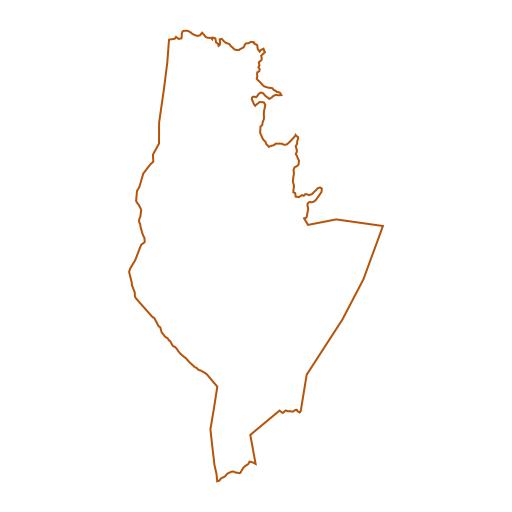 outline of San Juan Juquila Mixes, Oaxaca, Mexico
{"feature_id": "50627088B56104318486016", "entity_name": "San Juan Juquila Mixes", "entity_type": "district", "adm_level": 2, "iso_a3": "MEX", "parent_name": "Mexico", "parent_adm1": "Oaxaca", "projection": "equal_earth", "projection_center": [-95.884, 16.869], "detail": "fine", "context": "isolated", "style": "outline", "palette": "amber", "viewbox_px": 512, "rotation_deg": 0, "n_neighbors": 0, "source": "geoboundaries", "source_scale": "gbopen_adm2", "svg_char_len": 4791}
<svg xmlns="http://www.w3.org/2000/svg" viewBox="0 0 512 512"><path d="M169.1,39.6L168.9,41.7L168.8,42.2L167.3,62.4L163.7,91.0L163.0,95.5L159.1,122.6L159.0,143.6L152.9,154.7L153.3,161.7L150.5,164.2L145.7,170.4L143.2,173.7L139.4,186.9L137.0,191.0L136.1,200.9L137.4,203.3L138.6,204.6L140.6,208.4L141.2,210.3L140.3,216.7L139.3,219.0L139.1,220.6L139.2,222.3L140.2,224.0L140.4,226.1L142.1,232.6L143.5,236.3L144.4,237.6L144.7,241.6L144.5,242.4L141.3,244.6L140.0,247.6L135.3,260.0L130.1,268.7L129.1,271.9L131.8,282.9L132.0,285.6L132.6,286.8L134.8,292.6L134.8,295.4L135.3,297.3L135.4,297.6L138.7,301.5L152.7,317.3L154.1,317.7L158.6,326.2L160.2,327.3L161.7,332.4L165.1,336.7L167.7,338.4L169.1,340.5L169.9,340.9L170.7,342.0L171.7,344.0L173.2,346.3L175.0,346.9L176.7,348.7L178.2,351.1L180.9,354.3L182.0,355.1L183.7,356.6L186.0,358.3L189.2,362.0L195.1,367.4L196.5,367.8L198.5,369.9L200.4,370.4L205.2,373.0L207.0,374.5L217.3,386.7L213.9,408.6L210.4,429.3L212.1,444.7L213.9,460.0L214.4,464.7L216.5,474.0L217.2,481.3L219.4,480.6L220.5,479.0L222.1,477.7L223.5,477.3L224.5,476.6L225.4,476.1L226.0,475.1L227.0,474.0L227.8,473.4L228.6,473.0L229.5,472.6L230.4,472.2L231.2,471.8L233.2,471.5L234.7,472.1L236.0,472.7L237.5,472.7L238.6,473.0L239.3,473.2L240.4,472.8L241.9,470.1L243.2,468.0L244.0,467.1L245.1,466.2L246.5,465.1L247.4,464.7L248.1,464.2L248.7,463.3L249.1,462.4L249.5,461.6L250.6,461.8L253.2,462.6L255.6,463.9L250.3,434.9L279.5,410.6L282.5,412.8L283.3,412.7L283.9,412.0L284.5,411.5L285.0,411.0L285.4,410.6L285.9,410.6L286.3,410.6L286.5,410.6L287.2,411.0L287.7,411.2L288.2,411.2L288.7,411.3L289.0,411.4L289.4,411.3L289.7,411.2L290.1,411.2L290.7,411.3L291.0,411.3L291.7,411.6L292.3,411.6L292.8,411.6L293.3,411.5L293.7,411.0L294.1,410.8L294.4,410.5L294.7,410.3L294.8,410.3L294.9,410.2L295.6,409.9L295.9,409.8L296.2,409.8L296.5,409.8L296.8,409.8L297.0,410.1L297.1,410.5L297.2,410.8L297.4,411.1L297.5,411.2L297.9,411.5L298.3,411.7L298.6,411.7L298.9,411.9L299.1,412.2L299.5,412.5L300.7,411.2L305.8,380.1L306.7,374.7L306.8,374.5L342.3,319.7L362.9,280.3L363.2,279.7L363.4,279.4L372.3,255.0L376.1,244.8L382.9,226.0L336.2,219.4L308.0,224.9L305.6,220.9L304.1,218.4L306.3,217.6L307.0,215.8L307.4,212.8L308.0,210.3L308.2,208.0L307.4,205.7L307.7,203.4L309.2,202.1L312.1,202.2L314.1,201.5L316.2,199.5L317.4,197.8L319.8,194.4L321.5,191.9L321.8,188.6L320.1,187.5L317.6,188.3L316.2,190.0L314.7,191.3L313.5,192.6L311.9,194.2L308.8,195.1L307.3,194.4L305.4,194.1L303.7,195.8L302.0,195.1L300.7,196.0L298.9,197.1L295.6,196.6L295.2,193.1L293.3,192.3L293.4,190.6L293.7,188.5L294.0,185.7L293.4,183.6L292.9,181.7L293.1,179.3L293.4,176.4L293.9,174.0L293.8,171.7L293.5,170.0L294.6,167.3L297.0,166.1L298.6,164.5L299.0,160.7L297.8,158.3L297.2,156.5L295.8,153.9L296.9,151.7L296.7,149.6L295.7,146.3L297.2,143.5L297.1,141.5L297.8,139.6L298.1,137.2L296.3,135.9L295.6,135.0L295.3,135.8L291.1,140.5L288.9,142.6L286.8,144.4L285.1,144.8L283.0,144.5L282.2,143.8L279.6,143.6L277.2,143.7L276.1,143.6L275.3,143.8L275.1,144.3L273.7,145.3L271.9,145.6L268.8,146.8L267.9,145.6L267.4,145.2L266.4,144.3L265.7,142.1L263.2,139.6L261.8,136.7L260.1,132.7L260.4,129.4L260.4,126.7L262.2,125.1L262.6,122.5L263.9,119.0L264.0,117.1L263.8,114.2L264.0,111.2L264.7,107.9L265.3,104.9L264.0,102.5L262.2,102.1L259.4,102.1L258.0,103.4L256.3,104.6L255.2,105.8L253.9,104.1L252.8,101.3L251.8,99.4L252.0,97.7L252.8,96.8L253.9,96.7L255.4,96.9L256.1,97.2L256.8,96.5L257.2,96.1L258.6,94.0L260.6,92.6L261.8,92.7L262.9,93.1L265.4,95.9L267.7,97.6L269.3,98.9L272.0,97.3L273.4,95.9L276.0,94.9L278.5,95.3L281.3,95.1L280.0,92.8L278.6,92.2L276.9,91.9L276.2,91.2L275.5,91.0L274.9,90.4L274.3,90.1L273.6,89.9L273.2,89.3L272.6,88.3L270.8,87.9L268.9,87.8L266.7,87.2L264.0,86.3L261.9,84.2L259.5,81.5L258.1,80.4L256.7,78.7L257.3,76.6L257.1,74.7L257.2,72.4L259.2,71.3L259.7,69.2L258.4,67.3L259.4,65.4L258.8,62.3L261.4,60.1L261.8,58.0L261.1,55.9L262.3,54.6L264.5,52.6L265.5,51.5L264.5,51.9L264.3,50.9L263.9,50.4L263.8,49.6L263.5,48.7L262.6,49.2L261.9,49.5L260.9,50.0L260.4,50.5L260.0,51.2L259.7,51.6L258.9,50.5L258.5,50.2L258.1,49.4L257.7,48.7L257.6,47.9L257.4,46.7L257.3,45.8L257.2,45.2L257.0,44.9L256.6,44.7L256.1,44.4L255.2,44.3L254.9,44.0L253.9,43.2L254.1,42.4L253.6,42.2L250.9,41.8L248.7,43.2L246.2,43.4L244.9,44.5L244.0,46.8L242.6,48.0L240.4,48.9L239.2,49.9L237.1,50.1L234.2,49.3L232.7,47.6L230.7,46.0L229.5,44.2L227.3,43.3L225.8,42.8L223.9,41.3L221.7,38.9L219.7,39.4L220.1,42.3L219.9,44.7L218.6,45.8L218.0,43.7L216.1,42.5L215.3,38.3L212.8,37.6L212.3,39.3L211.1,37.9L209.4,37.9L207.4,37.7L205.6,37.0L204.6,35.4L203.2,33.9L202.1,32.7L199.9,35.4L197.2,35.9L194.0,34.8L191.8,33.5L190.4,32.2L188.0,31.0L187.7,30.9L186.1,30.7L184.0,30.8L183.4,31.0L182.5,31.5L181.7,34.2L181.8,36.0L181.4,38.4L178.6,38.9L176.0,36.9L174.7,38.8L169.1,39.6Z" fill="none" stroke="#b45309" stroke-width="2"/></svg>